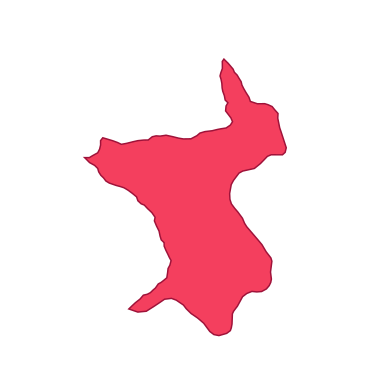 the district of Florínea, São Paulo, Brazil, rotated 297°
{"feature_id": "56859067B78731912256426", "entity_name": "Florínea", "entity_type": "district", "adm_level": 2, "iso_a3": "BRA", "parent_name": "Brazil", "parent_adm1": "São Paulo", "projection": "natural_earth1", "projection_center": [-50.688, -22.869], "detail": "fine", "context": "isolated", "style": "filled", "palette": "rose", "viewbox_px": 384, "rotation_deg": 297, "n_neighbors": 0, "source": "geoboundaries", "source_scale": "gbopen_adm2", "svg_char_len": 2215}
<svg xmlns="http://www.w3.org/2000/svg" viewBox="0 0 384 384"><g transform="rotate(297 192 192)"><path d="M324.9,160.1L322.1,159.7L319.3,161.2L315.8,163.0L311.1,163.6L308.1,164.3L305.6,166.7L302.3,169.3L298.4,171.6L295.8,173.6L292.5,177.1L289.0,179.8L287.8,183.5L284.1,183.3L279.5,185.1L275.7,193.0L273.0,196.2L269.0,195.8L264.5,193.3L261.7,189.4L259.3,186.3L255.7,182.1L251.7,176.1L248.1,172.3L244.4,170.8L238.9,166.9L235.4,160.3L233.9,155.6L232.5,149.5L230.8,143.1L227.3,138.2L225.7,134.5L223.2,131.5L218.5,129.4L216.3,125.3L213.2,120.5L210.5,117.2L205.7,111.7L202.4,107.4L202.3,103.2L201.7,98.2L200.5,91.5L199.8,87.9L196.3,87.2L192.4,89.2L188.3,90.2L184.1,90.2L179.1,86.8L176.0,84.9L173.9,80.7L171.7,87.4L171.5,93.2L170.2,97.3L167.6,99.7L165.5,103.2L164.4,106.8L162.7,110.3L162.4,114.2L163.4,121.4L164.3,125.6L164.9,129.5L164.6,134.0L163.8,138.9L162.5,144.8L159.6,147.8L158.4,152.0L158.7,155.4L157.0,160.1L155.4,165.6L152.7,170.6L149.2,171.6L145.7,175.7L142.2,180.4L138.3,183.5L135.4,186.3L134.2,190.1L131.1,191.8L128.3,195.1L125.7,198.6L123.5,201.4L121.4,204.5L116.8,205.5L113.0,205.4L109.0,206.9L104.1,208.5L100.4,206.9L97.4,205.5L94.8,203.7L89.8,203.0L87.2,201.9L83.4,200.6L80.6,198.6L78.0,195.5L73.0,194.3L67.6,191.8L63.5,190.3L59.1,188.8L60.4,198.2L65.0,205.4L73.3,210.3L79.0,213.5L84.0,216.2L87.9,222.0L88.5,227.1L87.4,235.7L85.4,239.8L83.3,246.4L82.3,254.1L80.4,262.0L75.8,271.2L74.9,276.2L76.3,281.2L81.8,287.1L85.9,289.1L88.8,288.7L92.5,287.6L101.8,283.3L104.8,283.2L111.0,284.3L121.7,284.6L126.5,286.9L130.6,290.5L132.4,295.1L134.9,299.2L139.4,302.3L143.6,303.3L147.2,303.2L150.4,302.3L156.3,298.3L166.6,294.6L169.1,292.2L172.4,285.2L176.8,278.3L179.2,272.7L185.9,256.5L188.0,253.0L191.5,248.9L195.0,241.9L196.9,237.3L199.3,232.5L202.7,229.1L207.8,226.2L216.4,223.6L221.2,223.7L230.2,225.3L233.7,227.7L241.3,236.9L248.5,240.1L258.0,243.0L261.1,245.6L266.2,255.7L269.6,257.0L274.2,255.9L285.8,244.3L289.0,241.0L296.7,234.9L301.0,233.0L302.8,228.4L304.5,224.6L304.3,220.0L303.7,216.7L300.3,210.2L299.2,202.9L302.3,199.7L305.4,194.5L307.7,191.0L310.0,187.9L312.6,185.7L314.7,182.2L316.7,179.1L317.9,175.4L320.1,172.9L323.0,166.0L324.9,160.1Z" fill="#f43f5e" stroke="#9f1239" stroke-width="1.5"/></g></svg>